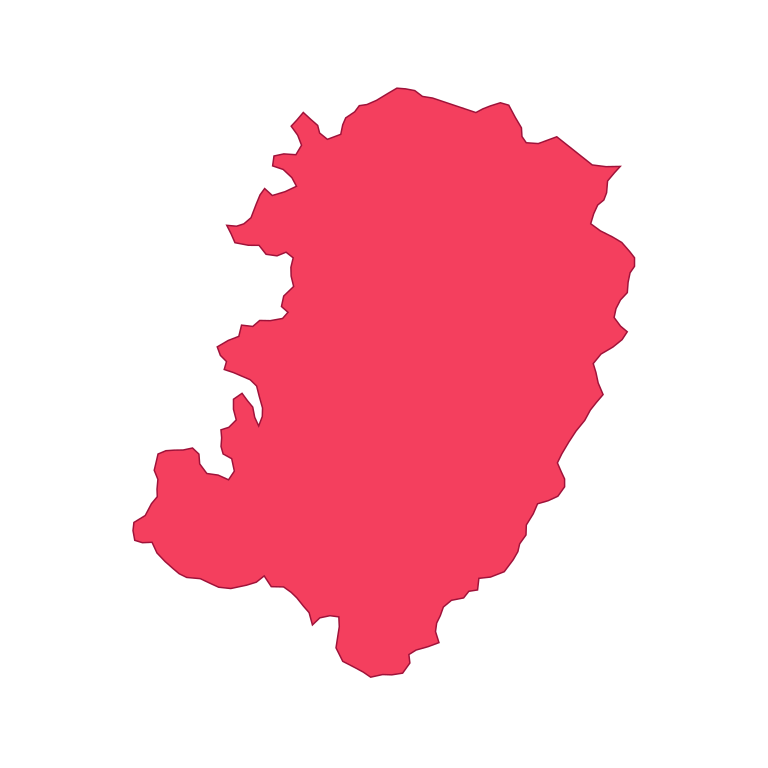 outline of Tomar do Geru, Sergipe, Brazil, rotated 78°
{"feature_id": "56859067B43639455387772", "entity_name": "Tomar do Geru", "entity_type": "district", "adm_level": 2, "iso_a3": "BRA", "parent_name": "Brazil", "parent_adm1": "Sergipe", "projection": "albers", "projection_center": [-37.876, -11.378], "detail": "fine", "context": "isolated", "style": "filled", "palette": "rose", "viewbox_px": 768, "rotation_deg": 78, "n_neighbors": 0, "source": "geoboundaries", "source_scale": "gbopen_adm2", "svg_char_len": 2784}
<svg xmlns="http://www.w3.org/2000/svg" viewBox="0 0 768 768"><g transform="rotate(78 384 384)"><path d="M668.0,458.0L667.9,445.8L670.1,436.8L670.7,425.9L662.3,416.7L653.8,415.9L650.9,407.9L650.1,395.6L648.4,384.0L636.9,385.1L628.8,382.2L622.3,377.1L614.5,372.3L609.6,363.0L609.8,350.6L604.4,344.1L604.9,335.3L593.8,331.6L595.0,320.0L592.6,305.4L582.8,294.2L575.8,287.9L568.5,284.5L561.2,276.5L551.5,274.1L542.0,265.0L533.1,258.7L532.3,247.8L529.9,237.2L522.1,228.7L514.4,227.1L506.6,228.9L497.2,230.8L489.4,224.7L479.3,215.4L469.9,205.9L461.3,195.2L452.4,187.6L446.2,180.1L439.9,171.9L427.5,174.3L416.8,174.3L407.5,175.1L399.8,165.5L395.4,152.3L390.1,141.9L383.5,135.2L376.6,140.6L366.8,145.1L358.5,141.4L350.9,135.2L345.2,127.0L335.3,124.1L326.4,120.2L321.0,114.5L312.6,112.7L305.6,116.1L295.0,122.0L287.7,129.9L279.1,140.6L270.2,148.5L261.1,143.5L253.4,137.8L249.7,130.7L243.2,126.5L231.9,123.1L225.4,114.8L220.3,107.7L217.6,121.6L213.0,134.8L178.1,163.6L180.9,183.1L177.6,194.7L170.6,197.6L162.0,196.3L150.7,200.1L137.2,204.0L133.1,211.7L134.1,222.1L135.4,230.0L137.6,237.7L114.4,277.0L110.7,286.6L103.4,292.9L99.8,301.5L97.3,309.9L100.6,319.8L105.0,332.4L107.1,342.6L106.6,350.3L111.7,356.1L115.7,366.1L121.9,370.5L130.8,374.4L132.9,388.5L125.1,394.8L117.3,395.1L110.5,400.2L101.6,406.5L107.6,414.2L112.5,421.2L122.7,416.7L133.3,415.0L141.4,422.5L138.1,434.2L138.1,444.2L147.5,447.6L153.2,438.0L163.0,431.2L172.4,428.5L175.3,440.8L176.4,454.1L168.0,460.1L173.2,465.9L181.5,471.6L193.7,479.5L198.2,487.8L199.0,495.4L196.1,504.8L205.5,502.3L214.8,500.4L220.1,487.8L222.4,477.4L232.6,472.4L236.4,462.0L234.7,452.4L241.7,446.6L250.5,450.8L259.1,452.4L269.8,452.1L277.1,463.8L286.9,468.2L293.9,463.0L298.8,469.6L298.4,482.1L296.0,492.4L300.4,500.4L296.8,511.1L307.2,516.1L309.0,527.3L313.0,539.4L322.0,538.1L329.3,533.4L336.6,537.3L341.5,528.9L346.8,521.4L352.0,514.0L359.5,509.0L370.1,508.6L382.2,507.8L390.5,509.8L399.0,515.3L389.7,517.4L379.3,517.2L372.0,521.0L363.6,524.8L367.6,534.4L377.4,536.5L388.4,536.0L394.1,544.8L394.9,553.0L403.0,554.0L411.2,556.4L419.0,555.9L425.4,548.5L438.1,548.5L445.4,556.0L438.6,565.2L434.7,575.9L423.8,580.9L414.1,579.6L406.8,584.6L406.8,594.2L405.1,602.9L403.9,611.2L405.5,619.6L412.8,623.0L420.6,626.7L430.3,625.0L439.7,627.9L447.1,629.2L452.7,636.3L463.0,644.9L467.4,657.4L475.2,660.0L485.1,660.3L489.0,653.3L490.6,643.8L502.1,641.2L512.2,635.0L521.1,628.4L527.0,623.8L532.2,617.2L536.2,604.2L543.2,595.0L548.4,588.0L552.2,576.4L552.2,568.1L552.2,560.2L551.3,550.1L546.8,541.1L558.8,536.4L561.6,524.4L568.4,518.2L575.1,513.7L584.5,509.0L592.1,504.8L604.8,504.1L599.4,495.4L599.4,485.0L602.4,476.6L612.1,478.2L621.0,481.6L632.1,485.8L646.7,482.0L654.8,472.1L661.5,464.2L668.0,458.0Z" fill="#f43f5e" stroke="#9f1239" stroke-width="1.5"/></g></svg>